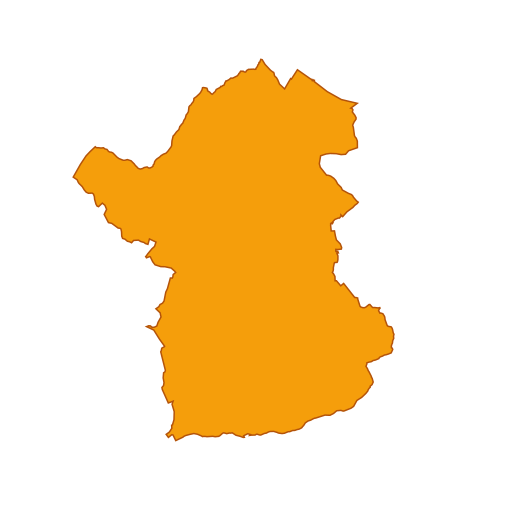 Pietrari, Dâmbovita, Romania (Albers equal-area conic projection), rotated 246°
{"feature_id": "2599482B3924685478065", "entity_name": "Pietrari", "entity_type": "district", "adm_level": 2, "iso_a3": "ROU", "parent_name": "Romania", "parent_adm1": "Dâmbovita", "projection": "albers", "projection_center": [25.294, 45.097], "detail": "fine", "context": "isolated", "style": "filled", "palette": "amber", "viewbox_px": 512, "rotation_deg": 246, "n_neighbors": 0, "source": "geoboundaries", "source_scale": "gbopen_adm2", "svg_char_len": 6108}
<svg xmlns="http://www.w3.org/2000/svg" viewBox="0 0 512 512"><g transform="rotate(246 256 256)"><path d="M402.4,121.1L398.4,123.6L395.5,123.6L394.1,123.9L390.0,125.5L386.1,126.0L383.4,126.8L381.5,128.4L380.1,131.9L378.7,132.7L376.0,132.5L373.4,131.6L368.5,130.9L366.3,131.1L365.1,132.2L366.8,137.1L363.8,138.6L359.4,138.5L355.7,134.2L346.5,134.8L344.5,137.5L337.6,141.4L336.6,143.1L335.5,143.6L332.8,143.0L328.7,141.4L326.3,141.3L324.7,143.1L321.8,144.5L320.4,146.3L318.7,147.7L320.0,150.5L318.3,155.1L316.2,156.5L313.8,159.3L312.4,160.0L310.6,162.0L314.9,165.6L309.4,170.3L306.0,167.2L304.9,163.8L301.9,157.8L300.6,155.7L300.4,155.0L298.9,155.2L298.7,158.7L298.3,159.1L292.8,159.3L289.0,160.2L285.0,164.7L283.2,168.5L279.5,173.6L275.1,175.6L273.6,175.9L272.8,172.8L270.7,171.5L269.9,170.6L270.7,168.8L262.2,161.8L259.7,158.9L252.3,153.7L250.9,151.4L250.7,148.6L249.2,146.6L248.5,143.1L243.1,145.3L238.9,144.4L235.3,139.6L232.4,136.9L232.3,134.0L233.3,131.9L235.0,131.2L235.9,129.7L236.0,127.3L229.9,132.5L219.3,134.0L210.7,135.8L210.4,135.4L210.1,132.4L208.1,131.0L207.2,130.0L188.4,126.7L187.2,125.7L186.9,124.1L182.4,121.6L177.8,120.5L175.2,118.8L174.2,116.6L172.1,116.1L157.4,116.1L157.1,121.2L154.7,119.0L147.1,118.0L139.8,114.5L135.7,111.0L135.7,110.1L132.8,109.0L130.4,105.2L129.6,101.4L125.9,102.2L127.0,106.4L126.2,107.4L120.0,107.6L120.2,115.5L120.6,117.0L120.6,118.8L119.9,123.2L119.1,127.0L117.0,130.0L113.8,133.0L112.8,133.6L112.7,134.2L111.9,136.1L110.9,137.7L108.9,143.1L107.5,145.2L106.4,148.6L106.6,150.1L107.6,153.2L107.6,154.6L105.6,157.0L105.1,159.7L104.5,160.8L104.1,162.4L100.4,164.8L97.8,168.1L95.4,170.6L95.1,171.6L96.8,171.6L97.0,176.1L95.2,178.3L94.7,177.3L94.1,179.3L92.8,182.3L93.0,183.9L92.8,184.5L91.1,186.4L90.7,187.1L90.5,187.7L90.5,191.4L90.0,193.4L90.2,196.0L89.9,197.6L88.6,200.8L86.2,203.6L85.3,204.3L84.5,205.5L83.2,207.6L82.5,210.0L82.4,213.8L81.8,215.4L81.7,218.4L80.9,220.5L80.7,223.1L80.3,224.8L80.4,227.2L80.6,228.2L81.2,229.1L81.7,230.5L83.5,233.2L84.1,236.4L83.8,239.2L84.0,241.5L84.0,243.7L83.7,244.4L82.6,254.3L80.4,258.8L80.6,262.8L81.8,266.8L80.7,270.0L80.4,270.8L78.9,272.5L78.6,273.5L78.3,280.9L78.9,284.0L83.0,289.4L83.9,295.2L85.8,300.5L87.2,303.2L88.2,304.1L89.2,305.7L89.6,306.9L90.6,307.3L91.3,309.7L93.2,311.8L97.2,312.4L98.2,312.1L99.0,312.4L104.8,312.1L105.5,311.9L107.8,312.0L110.5,311.6L112.1,313.2L113.3,313.8L113.1,316.1L112.6,318.0L112.6,319.0L112.9,320.2L112.4,322.8L112.3,326.5L113.0,327.3L113.3,328.5L113.1,330.9L113.3,333.2L112.9,334.4L112.6,337.0L112.5,340.1L115.0,342.9L116.4,343.0L117.1,342.4L118.7,343.0L120.5,344.6L120.9,345.2L123.1,346.5L124.7,348.3L126.8,349.0L128.4,350.2L129.9,350.1L133.6,350.9L135.5,350.9L136.4,350.6L137.6,348.7L138.6,347.7L139.5,347.6L145.3,348.0L147.9,348.8L149.0,348.8L151.7,348.4L153.2,346.7L153.3,346.0L156.1,345.7L157.3,346.9L157.9,348.1L158.5,348.1L158.9,346.4L160.7,343.4L161.3,341.9L161.6,341.5L165.4,340.3L165.7,339.5L164.6,335.3L164.7,333.9L165.4,332.5L166.9,330.9L167.9,330.6L175.1,331.4L176.3,331.8L177.5,330.3L177.9,329.3L195.3,324.9L194.3,321.3L200.7,319.4L201.2,318.2L205.2,319.8L208.1,319.6L209.9,319.1L211.0,320.4L212.4,321.3L213.7,321.8L217.7,324.6L218.0,325.1L217.2,327.5L217.9,328.3L219.3,329.3L222.8,330.9L225.9,331.0L225.3,332.5L227.0,332.6L227.9,330.9L229.6,331.6L228.6,333.5L227.6,336.8L228.9,337.7L232.8,337.9L238.0,336.0L242.1,336.7L247.0,337.9L248.3,334.9L253.6,336.6L253.8,336.8L255.1,337.3L255.2,337.9L254.4,338.8L254.6,339.1L255.4,338.7L255.3,339.9L255.9,339.8L257.3,342.8L257.2,346.6L256.7,347.7L257.1,348.3L257.5,349.5L258.1,350.0L258.9,350.3L256.7,351.2L259.4,357.1L261.0,364.4L262.1,366.8L262.8,369.9L263.6,371.3L265.4,370.3L270.2,368.9L271.8,368.8L273.3,368.2L275.8,365.8L281.2,361.7L284.0,361.7L288.6,359.9L292.5,359.6L295.3,358.7L298.5,356.8L299.9,355.4L301.2,353.5L301.2,353.3L310.9,350.8L314.6,351.4L321.3,355.8L320.7,361.5L319.5,365.5L316.8,371.0L314.0,375.0L312.5,379.2L314.5,383.4L313.7,392.7L319.7,395.3L322.8,395.5L324.3,395.0L325.9,394.9L334.1,397.3L335.7,397.4L336.5,397.8L338.6,400.2L340.3,403.0L341.7,403.7L344.7,403.5L348.4,402.6L350.1,404.0L351.5,403.8L352.5,402.7L354.3,410.6L364.2,397.6L377.1,388.0L391.4,380.3L392.5,380.7L392.4,380.2L392.9,380.2L393.8,379.8L393.1,379.2L393.2,378.8L393.6,378.9L395.2,378.3L395.8,377.7L409.3,369.6L403.2,360.3L404.0,359.8L397.0,350.1L403.4,347.4L408.2,347.5L410.8,347.2L412.2,346.4L413.6,346.3L415.7,346.8L416.6,346.8L417.4,346.1L419.8,344.8L427.3,342.2L432.8,341.5L433.7,340.4L431.4,338.1L431.6,337.5L431.3,337.2L430.4,336.7L429.7,335.3L428.7,334.5L427.4,332.2L426.7,331.8L426.9,330.9L427.6,330.0L429.6,324.9L429.4,324.3L429.4,323.4L429.0,322.4L428.5,322.0L428.3,321.3L428.9,320.1L429.8,319.7L430.3,319.0L430.2,318.5L431.0,317.6L431.1,317.1L430.6,316.6L430.5,316.1L429.9,315.6L429.7,314.6L429.1,314.0L428.2,312.2L428.0,307.7L428.1,306.5L428.8,305.5L428.1,303.1L427.9,300.4L428.2,299.8L427.6,299.2L427.3,298.5L425.1,296.3L425.2,294.6L424.8,293.6L425.3,292.8L424.6,291.8L424.3,287.4L422.8,285.6L422.3,283.9L421.7,282.5L421.6,281.7L423.0,280.8L424.4,280.4L426.6,279.0L428.1,279.4L429.2,279.4L429.9,278.6L431.3,276.5L431.5,275.6L429.8,274.3L428.1,272.1L427.3,270.6L425.8,266.3L425.2,263.4L423.4,262.4L422.2,261.0L421.5,259.4L420.6,258.2L420.2,256.6L419.5,255.4L415.3,252.9L414.0,251.1L413.3,249.6L410.5,247.3L409.5,245.6L407.1,243.1L406.4,241.1L405.9,240.6L405.3,239.1L403.0,237.1L402.7,236.6L401.7,233.8L399.7,230.3L399.6,229.6L399.2,229.0L395.4,226.1L391.1,223.8L390.1,222.6L387.4,217.8L386.5,215.5L386.7,212.7L386.5,211.8L386.4,210.4L385.6,208.2L385.0,204.9L384.3,203.1L383.3,201.7L381.6,200.4L380.9,199.0L379.9,198.4L379.6,197.3L379.5,195.6L379.7,194.4L380.2,193.6L381.6,192.8L381.8,192.1L382.3,189.8L382.1,187.8L382.5,185.7L383.0,185.0L384.0,184.1L384.9,183.6L386.4,183.3L387.3,182.7L389.7,182.2L393.8,180.6L396.4,177.7L396.8,175.1L397.5,173.6L400.8,170.4L402.9,169.2L408.3,167.2L409.5,166.2L410.6,164.5L411.6,163.8L414.0,163.2L415.2,161.6L416.9,160.7L417.7,158.3L419.3,155.6L419.5,154.8L420.2,154.0L421.2,153.6L418.9,147.0L416.6,141.5L411.0,132.7L402.4,121.1Z" fill="#f59e0b" stroke="#b45309" stroke-width="1.5"/></g></svg>